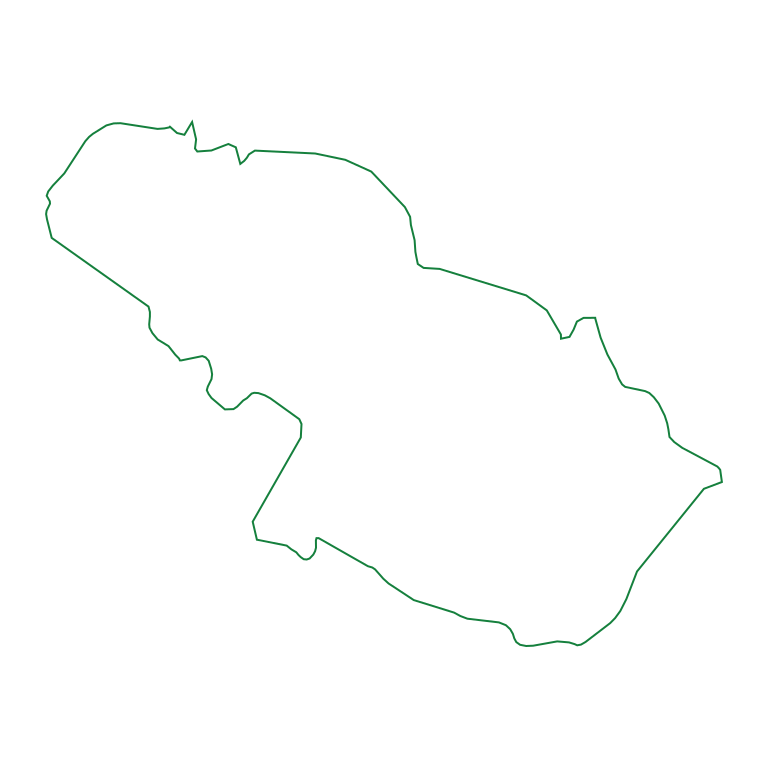 map outline of Viroviticko-Podravska (orthographic projection)
{"feature_id": "HRV-1606", "entity_name": "Viroviticko-Podravska", "entity_type": "County", "adm_level": 1, "iso_a3": "HRV", "parent_name": "Croatia", "parent_adm1": "", "projection": "orthographic", "projection_center": [17.571, 45.727], "detail": "fine", "context": "isolated", "style": "outline", "palette": "green", "viewbox_px": 768, "rotation_deg": 0, "n_neighbors": 0, "source": "natural_earth", "source_scale": "10m", "svg_char_len": 2010}
<svg xmlns="http://www.w3.org/2000/svg" viewBox="0 0 768 768"><path d="M169.9,126.7L177.0,133.0L184.4,134.8L192.1,122.0L196.1,139.4L195.0,148.5L197.3,151.5L211.4,150.5L228.3,144.0L235.8,147.3L240.3,163.9L244.2,160.9L246.9,157.7L248.9,154.4L254.9,150.6L315.2,153.5L345.3,159.8L371.3,171.6L404.9,207.1L410.1,216.8L410.9,225.0L414.6,240.2L415.4,251.9L416.4,257.2L417.8,264.0L423.6,267.9L439.6,268.9L526.2,295.4L546.8,310.4L560.9,334.5L561.0,338.7L569.5,336.9L573.6,329.6L576.9,321.6L583.5,317.9L595.2,317.8L595.3,318.6L600.6,337.6L607.4,354.5L615.5,369.5L618.7,378.6L622.1,384.4L625.2,386.9L645.1,391.1L649.3,393.0L653.8,397.2L658.7,403.6L664.7,415.6L667.2,423.3L668.4,429.4L669.5,437.0L674.3,442.1L682.3,447.9L717.3,466.5L719.1,468.4L720.2,469.9L721.9,482.0L703.9,488.8L637.0,571.5L626.4,599.0L620.3,611.0L615.1,618.1L610.2,623.1L585.5,642.0L581.0,644.6L577.2,645.3L574.6,644.1L569.0,642.4L557.2,641.4L533.2,645.7L526.2,646.0L520.1,644.8L516.3,642.1L514.3,638.4L512.9,633.9L510.2,629.2L505.9,625.2L498.9,622.4L467.4,618.7L460.3,616.0L454.1,612.6L413.8,600.1L388.6,583.5L383.3,578.7L375.1,569.4L372.3,567.5L367.9,566.2L318.6,538.1L316.5,538.1L315.9,540.4L316.0,547.7L315.1,551.2L313.3,554.6L309.6,558.5L306.7,559.5L303.7,559.2L300.7,557.1L298.5,555.0L296.3,552.3L291.3,549.3L286.7,545.6L256.9,539.7L252.7,521.7L300.8,437.5L301.5,424.0L299.3,419.2L270.3,398.3L264.8,395.3L258.4,393.1L254.2,392.8L251.6,393.6L246.9,398.2L243.2,400.5L237.1,406.7L233.5,409.1L224.9,409.4L211.5,398.0L208.6,394.0L206.8,390.2L207.8,386.6L211.5,379.1L212.1,374.3L211.2,368.8L208.7,360.8L205.6,357.4L202.3,356.1L181.3,360.4L179.9,360.4L179.1,358.6L175.2,354.6L168.5,346.1L157.7,339.5L152.4,333.1L149.5,327.7L149.2,324.3L149.9,316.5L149.9,312.0L148.5,306.6L51.7,237.9L47.0,219.3L46.1,214.1L46.6,210.7L50.0,203.7L49.8,201.3L46.7,195.8L48.2,191.5L52.8,185.6L64.3,173.4L85.3,141.2L89.1,136.9L92.9,133.8L106.4,125.4L113.7,123.4L120.5,123.2L157.5,128.9L164.4,128.4L169.2,127.4L169.9,126.7Z" fill="none" stroke="#15803d" stroke-width="2"/></svg>